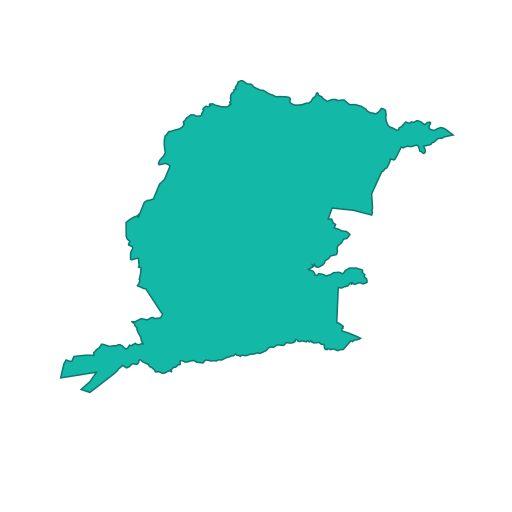 Kota Pematang Siantar, Sumatera Utara, Indonesia, rotated 21°
{"feature_id": "22746128B46755595316405", "entity_name": "Kota Pematang Siantar", "entity_type": "district", "adm_level": 2, "iso_a3": "IDN", "parent_name": "Indonesia", "parent_adm1": "Sumatera Utara", "projection": "albers", "projection_center": [99.064, 2.955], "detail": "fine", "context": "isolated", "style": "filled", "palette": "teal", "viewbox_px": 512, "rotation_deg": 21, "n_neighbors": 0, "source": "geoboundaries", "source_scale": "gbopen_adm2", "svg_char_len": 6064}
<svg xmlns="http://www.w3.org/2000/svg" viewBox="0 0 512 512"><g transform="rotate(21 256 256)"><path d="M371.0,72.4L371.5,70.0L371.2,69.1L370.3,68.7L368.4,69.8L366.2,73.0L362.5,71.8L359.2,71.6L357.6,72.1L355.5,74.7L353.1,75.1L351.6,77.2L347.8,77.2L345.2,83.7L343.8,84.9L343.9,87.2L342.3,88.2L337.4,87.5L334.7,87.6L332.6,86.8L329.3,83.5L327.4,80.0L327.3,78.6L325.1,74.2L324.1,73.3L321.1,73.0L320.1,73.3L319.2,76.9L317.4,79.7L316.2,80.7L314.0,80.6L312.0,81.3L308.0,80.9L306.2,79.6L300.6,78.5L294.2,79.1L289.5,81.1L287.4,80.7L282.5,78.8L280.9,79.3L276.5,81.7L275.2,81.2L272.8,81.8L270.5,83.0L267.5,85.7L266.4,86.0L262.1,85.0L260.5,83.8L256.9,83.6L256.1,82.4L254.9,81.7L254.1,82.3L254.4,84.2L254.1,86.1L252.5,88.3L252.1,91.6L250.6,94.2L247.9,95.5L244.4,98.5L239.0,101.0L236.6,101.3L232.9,100.7L232.4,100.2L231.8,97.4L231.2,96.5L229.6,96.1L226.8,96.7L220.8,98.7L217.8,100.2L214.0,99.8L209.5,99.9L203.6,98.7L200.9,99.6L194.7,99.2L193.5,99.1L190.8,97.6L189.3,97.5L186.1,98.5L180.9,97.2L179.4,97.6L176.9,99.8L177.1,102.0L176.3,105.7L177.3,107.3L175.9,108.5L176.4,110.9L175.0,112.9L174.9,115.2L175.6,117.8L176.9,119.6L176.8,121.0L176.3,121.7L176.6,122.4L178.1,122.8L178.3,123.6L177.1,124.3L176.6,126.2L175.3,127.4L169.9,129.1L163.6,129.8L160.7,129.4L159.8,130.2L158.5,130.5L158.3,131.1L159.7,131.8L159.3,132.4L157.6,133.8L155.5,134.2L154.0,137.0L153.8,138.2L155.0,139.3L154.2,142.6L154.8,143.5L153.9,145.2L149.9,147.0L148.2,146.4L144.9,147.4L143.7,148.7L143.3,150.0L141.7,151.8L141.1,155.0L140.1,156.7L140.8,158.1L141.5,158.3L141.6,160.0L140.7,162.5L138.4,165.2L133.6,168.6L132.0,170.2L130.6,170.6L129.9,171.3L129.0,175.2L128.2,176.1L128.7,180.1L130.5,185.2L134.3,192.1L134.0,195.3L131.8,201.3L131.7,204.3L132.5,205.4L133.1,205.5L138.0,202.1L141.6,202.1L143.5,202.7L143.2,215.6L143.0,217.7L140.2,223.4L139.8,239.8L138.3,240.6L136.4,242.4L134.7,242.9L132.5,246.0L132.3,262.7L131.5,259.5L131.0,260.8L128.1,263.5L125.1,267.1L122.7,271.4L127.8,284.1L129.8,286.4L132.6,287.4L133.0,288.0L132.7,290.6L133.5,291.5L137.0,291.5L138.2,292.9L137.7,297.7L140.0,304.0L141.2,304.2L146.6,300.2L147.5,300.9L148.7,304.0L149.7,305.4L150.3,306.7L150.2,308.4L153.0,308.4L154.5,313.8L155.4,319.8L156.0,319.9L156.5,321.2L156.5,323.9L155.9,326.1L156.6,326.5L160.2,326.3L162.1,326.7L164.8,326.1L188.2,343.0L189.3,343.2L189.6,344.8L189.3,346.8L188.5,348.5L185.9,349.5L184.1,350.8L182.2,350.3L180.6,350.8L177.4,354.6L171.1,355.7L166.8,360.6L163.8,361.7L164.5,362.3L166.6,362.5L168.4,364.8L170.4,365.5L171.3,367.5L174.0,370.3L177.8,373.4L178.9,375.6L182.1,378.6L180.7,378.8L178.2,381.1L175.9,381.2L174.7,380.7L172.6,383.1L172.1,384.2L169.8,384.6L169.4,387.4L168.6,389.0L166.3,389.2L163.5,387.8L160.9,387.6L159.6,388.0L156.9,390.5L156.1,390.4L151.6,392.9L145.6,393.2L143.5,393.6L142.5,397.9L140.5,400.8L139.9,403.2L139.1,404.2L140.2,406.8L132.6,409.6L122.5,414.8L122.0,415.2L121.8,420.2L120.2,421.0L116.0,421.1L115.3,425.5L117.3,439.8L148.7,421.7L146.1,432.6L140.6,443.3L149.8,442.9L165.7,416.8L167.6,412.9L168.2,410.6L170.8,405.9L175.1,406.9L176.3,405.9L177.6,404.4L178.9,401.3L180.0,400.6L183.3,400.0L184.1,399.3L184.6,397.2L184.1,395.7L184.6,394.6L185.5,394.3L188.2,395.4L194.4,395.8L196.2,397.3L198.5,397.5L201.9,398.7L203.8,400.3L207.0,398.7L210.0,399.1L212.3,398.4L216.0,394.2L218.5,394.4L218.5,393.6L217.6,393.1L217.5,392.5L219.0,389.5L220.7,388.7L221.8,386.9L221.9,385.9L224.1,384.4L223.5,383.9L223.7,383.0L222.8,382.0L222.8,381.3L223.6,380.5L225.7,380.1L227.9,380.5L231.3,378.7L232.0,377.5L233.6,377.1L235.1,375.8L238.6,376.4L244.5,375.0L245.2,374.3L245.5,372.4L246.5,371.0L251.8,370.1L253.8,369.0L256.8,368.1L257.8,366.5L261.1,365.5L265.1,361.2L267.3,359.7L268.1,358.6L270.7,357.2L272.1,354.8L273.9,355.5L275.9,355.0L277.4,355.3L278.1,353.7L282.4,352.7L286.0,349.7L289.2,348.3L292.0,345.9L294.6,345.6L299.3,340.8L301.0,336.6L303.2,335.4L305.2,334.9L307.6,331.4L313.9,329.6L315.3,326.1L319.6,324.9L322.0,323.4L323.1,321.9L322.8,320.0L323.4,319.5L323.8,319.4L325.9,320.5L327.3,320.3L329.4,318.7L333.7,318.1L334.0,317.1L334.8,316.6L336.2,317.1L337.1,316.8L337.6,315.5L338.5,315.6L339.2,316.4L341.0,316.5L346.0,314.1L348.8,315.1L350.4,314.3L351.4,314.6L353.1,317.6L354.3,318.3L356.1,317.8L356.2,316.8L356.6,316.6L359.5,316.6L360.6,315.5L362.3,314.9L366.1,315.2L368.1,313.3L370.9,312.1L374.9,301.4L375.9,301.0L376.8,301.3L378.1,299.0L380.1,298.3L382.5,296.3L383.1,295.3L379.3,295.0L369.6,294.7L363.4,295.2L362.3,293.6L362.5,292.6L363.0,292.3L362.3,291.4L362.8,290.9L362.6,290.4L357.4,288.9L356.2,289.4L355.2,289.0L350.3,274.5L344.1,255.9L347.5,255.2L349.8,252.7L350.5,252.6L351.1,251.7L352.5,251.1L353.3,248.3L354.8,246.6L355.5,246.6L355.4,247.8L356.2,247.0L358.3,247.2L361.5,244.2L364.0,243.5L365.8,243.8L366.4,243.4L369.1,240.8L368.4,239.0L367.1,237.4L365.1,236.9L364.4,236.3L364.3,234.5L361.0,233.2L361.0,231.7L360.6,231.3L359.4,230.8L357.1,231.3L354.3,231.2L347.5,233.8L344.4,237.9L343.9,240.7L343.4,241.4L339.0,241.5L334.3,243.9L332.2,246.9L330.3,248.0L329.1,249.4L324.5,249.2L320.8,250.0L320.2,252.2L317.9,252.7L317.0,251.3L314.5,249.7L313.1,249.6L310.5,250.1L309.6,249.8L312.9,246.0L311.8,244.2L313.6,244.7L313.7,242.9L316.2,244.7L318.0,244.3L320.2,242.1L321.7,240.0L322.5,237.9L322.2,235.5L324.6,232.6L325.5,229.3L330.4,226.0L330.7,225.0L330.5,223.0L328.8,219.3L328.7,218.1L329.4,216.0L330.9,213.7L331.8,208.7L334.5,207.2L335.9,202.7L335.9,202.1L331.6,200.7L327.4,201.8L323.1,201.4L319.0,201.9L319.0,198.0L316.2,197.5L313.4,194.4L310.2,195.7L309.8,184.0L330.6,178.4L349.4,176.3L349.1,173.6L347.8,171.9L347.8,169.9L341.7,156.6L343.2,132.4L344.6,130.7L345.1,128.4L346.4,127.2L346.7,126.2L347.2,120.7L346.8,117.2L350.3,116.9L351.2,115.5L352.6,102.2L354.9,102.3L356.3,100.5L357.8,99.4L361.7,98.3L366.0,95.0L367.9,95.2L368.5,95.6L371.4,99.4L372.8,99.3L375.4,100.3L376.1,100.0L376.8,98.2L376.6,97.5L375.3,95.5L373.5,94.0L373.4,93.3L379.3,89.2L379.5,87.7L381.7,85.4L383.0,82.4L384.0,81.2L384.9,80.4L387.1,79.7L389.4,77.1L396.7,72.4L388.0,69.8L384.9,69.5L382.4,69.9L379.8,72.1L377.5,74.9L373.9,75.3L372.7,75.2L371.8,74.7L371.0,72.4Z" fill="#14b8a6" stroke="#0f766e" stroke-width="1.5"/></g></svg>